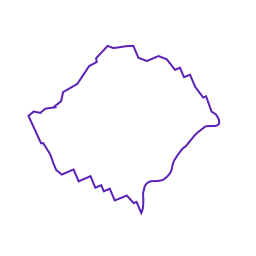 outline of Scott, Missouri, United States of America, rotated 67°
{"feature_id": "52423323B46745928167529", "entity_name": "Scott", "entity_type": "district", "adm_level": 2, "iso_a3": "USA", "parent_name": "United States of America", "parent_adm1": "Missouri", "projection": "mercator", "projection_center": [-89.519, 37.056], "detail": "fine", "context": "isolated", "style": "outline", "palette": "violet", "viewbox_px": 256, "rotation_deg": 67, "n_neighbors": 0, "source": "geoboundaries", "source_scale": "gbopen_adm2", "svg_char_len": 1162}
<svg xmlns="http://www.w3.org/2000/svg" viewBox="0 0 256 256"><g transform="rotate(67 128 128)"><path d="M78.0,214.9L87.6,214.6L102.0,214.2L108.2,214.0L108.7,212.0L121.9,209.9L132.2,210.5L138.5,210.5L145.0,207.2L144.9,194.3L157.8,194.3L157.7,181.3L170.2,181.4L170.2,175.0L176.8,175.0L176.8,168.5L189.5,168.5L189.7,155.5L199.3,152.1L199.4,149.0L211.5,149.0L209.9,147.4L207.9,145.9L205.0,144.2L199.8,141.8L194.0,139.7L188.4,135.5L187.2,134.0L186.4,132.5L186.1,131.7L185.9,128.7L186.0,127.5L188.2,121.9L189.3,117.5L189.3,115.1L188.2,111.3L186.3,107.4L185.0,105.6L183.1,103.9L178.1,100.4L176.6,98.9L175.7,97.8L171.7,92.0L168.3,85.9L167.3,81.8L161.0,69.9L159.0,64.9L158.7,63.2L156.9,56.6L157.0,55.0L160.2,46.8L160.4,45.8L160.2,43.9L160.0,43.2L159.4,42.3L158.7,41.9L155.9,41.1L152.8,41.2L149.5,41.9L145.5,44.7L129.3,43.7L129.3,46.9L116.2,50.1L103.2,50.1L103.1,56.6L98.7,56.6L92.8,56.6L92.9,62.0L80.0,65.4L73.7,71.8L73.7,84.5L67.4,91.0L54.5,91.0L52.1,97.4L48.8,110.1L44.5,114.6L51.3,130.1L55.0,131.0L55.8,139.5L67.6,157.4L69.6,173.7L77.2,179.1L79.4,187.1L80.5,186.8L77.9,196.6L79.8,202.8L76.0,208.4L78.0,214.9Z" fill="none" stroke="#5b21b6" stroke-width="2"/></g></svg>